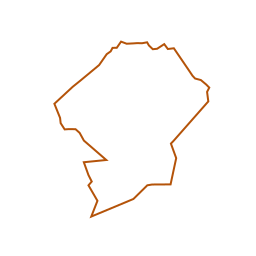 the district of José da Penha, Rio Grande do Norte, Brazil, rotated 44°
{"feature_id": "56859067B70747507045438", "entity_name": "José da Penha", "entity_type": "district", "adm_level": 2, "iso_a3": "BRA", "parent_name": "Brazil", "parent_adm1": "Rio Grande do Norte", "projection": "mercator", "projection_center": [-38.291, -6.348], "detail": "fine", "context": "isolated", "style": "outline", "palette": "amber", "viewbox_px": 256, "rotation_deg": 44, "n_neighbors": 0, "source": "geoboundaries", "source_scale": "gbopen_adm2", "svg_char_len": 728}
<svg xmlns="http://www.w3.org/2000/svg" viewBox="0 0 256 256"><g transform="rotate(44 128 128)"><path d="M167.3,53.1L159.8,47.1L158.4,42.5L154.0,42.4L147.1,42.9L141.9,45.8L138.1,45.6L131.6,44.2L105.6,38.8L101.8,43.5L95.8,42.5L93.9,50.8L91.1,54.1L85.7,54.1L82.2,53.1L79.2,57.3L75.7,60.5L73.0,63.5L68.5,68.3L63.0,70.7L64.2,78.1L61.2,81.1L62.3,84.9L61.4,89.7L63.5,102.8L60.8,127.2L59.6,136.8L58.2,161.7L72.1,167.9L76.2,171.3L83.4,173.0L86.3,169.8L91.1,165.3L96.6,165.1L100.5,166.3L105.0,167.7L134.6,166.1L120.0,183.3L132.2,189.3L139.1,191.7L139.4,196.7L156.6,201.6L163.1,217.2L181.2,175.3L181.7,155.8L184.6,151.9L197.8,139.0L183.6,116.2L169.7,109.4L169.7,105.6L167.3,53.1Z" fill="none" stroke="#b45309" stroke-width="2"/></g></svg>